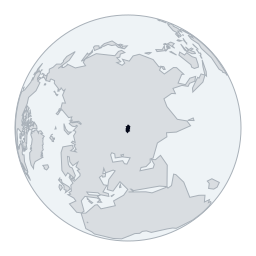 Jalal-Abad on an orthographic globe, rotated 276°
{"feature_id": "KGZ-1120", "entity_name": "Jalal-Abad", "entity_type": "Region", "adm_level": 1, "iso_a3": "KGZ", "parent_name": "Kyrgyzstan", "parent_adm1": "", "projection": "orthographic", "projection_center": [73.017, 41.512], "detail": "medium", "context": "on_globe", "style": "filled", "palette": "ink", "viewbox_px": 256, "rotation_deg": 276, "n_neighbors": 0, "source": "natural_earth", "source_scale": "10m", "svg_char_len": 11688}
<svg xmlns="http://www.w3.org/2000/svg" viewBox="0 0 256 256"><g transform="rotate(276 128 128)"><circle cx="128" cy="128" r="113" fill="#eef3f6" stroke="#a8b0b8"/><path d="M151.3,17.8L150.8,17.7L149.1,17.4L151.3,17.8ZM148.6,17.3L148.2,17.2L150.9,17.9L152.9,18.4L155.1,21.3L163.3,26.5L168.6,28.4L165.3,28.1L177.3,32.1L183.5,36.3L174.8,31.5L172.6,31.0L176.0,33.7L174.4,33.8L175.2,35.3L173.1,35.3L168.2,32.8L166.7,32.9L169.2,34.8L168.6,36.3L165.2,33.4L163.9,35.7L155.4,32.6L148.0,25.9L141.6,25.2L129.4,21.4L128.8,22.3L123.9,21.7L121.3,22.6L119.8,21.9L119.1,23.2L121.0,23.7L121.3,24.5L120.0,25.1L117.8,24.3L118.2,23.8L116.8,23.9L116.3,23.3L115.8,23.9L113.3,23.0L113.8,24.9L110.2,25.0L109.1,24.1L111.8,22.9L115.9,18.9L115.6,18.1L112.5,18.0L101.1,20.0L99.7,19.9L95.9,20.6L95.5,21.1L98.3,20.8L96.5,22.1L100.2,21.9L100.0,22.5L102.7,22.9L99.5,24.3L94.9,25.5L92.5,25.3L90.4,25.9L90.4,27.4L83.7,28.6L75.5,32.4L74.1,32.8L75.4,30.6L81.1,26.9L82.8,25.1L78.9,27.8L75.4,29.0L73.6,30.0L72.1,31.0L72.3,31.2L70.5,32.1L73.8,29.4L75.4,28.6L74.4,29.4L77.1,27.8L79.3,26.5L78.0,27.1L85.3,23.8L92.9,21.0L100.6,18.7L108.5,17.1L116.5,16.0L124.5,15.4L132.6,15.5L140.6,16.1L148.6,17.3ZM154.0,18.7L151.2,18.0L149.2,17.4L151.7,17.9L154.0,18.7ZM157.4,20.4L155.7,19.9L156.3,19.6L157.1,20.0L157.4,20.4ZM172.8,29.9L170.8,28.6L173.3,29.8L172.8,29.9ZM175.7,35.5L176.7,35.9L176.7,36.5L175.7,35.5ZM104.3,22.2L103.5,22.6L103.4,22.3L104.3,22.2ZM106.2,22.1L106.7,21.5L107.7,21.4L107.4,21.8L106.2,22.1ZM173.4,37.2L173.0,38.3L172.6,36.7L173.4,37.2ZM105.5,22.9L109.3,21.3L111.0,21.2L111.3,22.5L105.5,22.9ZM172.2,38.6L171.3,41.4L173.6,42.3L166.7,41.4L169.7,39.2L168.8,37.1L170.6,38.4L172.2,38.6ZM122.2,23.6L120.1,23.1L123.0,23.0L122.2,23.6ZM124.0,23.4L132.5,22.4L134.9,23.6L131.6,23.6L135.7,24.9L132.6,26.0L129.7,25.5L128.7,24.4L128.3,25.7L124.0,23.4ZM163.0,40.6L162.1,41.0L162.1,40.2L163.0,40.6ZM121.7,24.8L123.2,24.4L125.4,25.4L122.7,26.4L122.9,25.8L121.7,24.8ZM138.2,24.8L139.4,25.9L137.2,27.0L137.4,27.6L132.8,26.1L138.2,24.8ZM121.7,25.9L121.3,26.9L119.1,27.1L120.3,25.3L121.7,25.9ZM127.1,25.3L128.0,25.9L126.6,25.9L127.1,25.3ZM111.0,28.5L112.8,27.8L114.1,28.2L111.0,28.5ZM121.4,27.3L122.1,27.3L122.8,27.4L122.1,28.2L121.4,27.3ZM131.6,27.1L130.4,27.4L133.3,27.7L131.9,28.7L129.0,27.6L129.6,28.5L129.2,28.8L127.4,27.6L131.6,27.1ZM123.6,29.4L119.4,28.6L115.9,29.7L114.6,29.3L120.6,27.7L123.6,29.4ZM126.0,28.5L124.2,28.9L123.5,28.1L124.3,27.3L126.0,28.5ZM131.9,29.8L134.9,28.6L135.4,28.9L131.9,29.8ZM122.6,29.9L123.7,30.1L122.5,30.0L122.6,29.9ZM129.2,30.0L130.2,29.5L130.7,29.8L129.2,30.0ZM124.8,31.0L123.5,30.7L124.0,30.1L124.8,31.0ZM126.9,30.7L127.5,31.3L125.0,30.0L127.3,30.4L126.9,30.7ZM129.5,30.4L130.2,30.4L129.0,30.6L129.5,30.4ZM123.7,33.7L120.5,32.2L121.6,30.8L124.6,32.3L123.7,33.7ZM51.0,210.2L49.7,208.9L43.1,201.8L33.3,186.5L33.2,182.8L31.8,177.7L26.6,162.1L27.6,157.1L26.7,153.0L24.5,150.7L23.7,145.8L22.6,143.8L17.1,133.3L16.6,124.7L19.1,105.7L21.0,102.8L23.5,96.6L38.3,90.3L39.0,95.0L47.9,103.3L48.5,105.5L44.8,109.6L49.4,123.5L54.0,121.3L60.7,130.7L66.9,134.2L73.8,125.6L63.7,119.7L64.6,113.8L74.8,114.3L84.0,119.7L84.6,117.6L81.0,110.4L85.4,108.1L80.0,107.7L80.5,110.5L77.2,110.4L76.5,107.9L78.1,107.1L75.9,104.7L69.0,109.6L68.8,113.0L61.8,109.8L60.7,115.3L58.0,116.1L58.8,107.3L60.4,105.0L60.0,93.7L57.6,95.8L57.9,106.7L56.8,104.9L53.6,108.2L55.2,104.3L55.5,92.3L50.7,89.1L40.7,93.0L38.7,90.6L38.8,85.8L46.4,77.7L50.0,83.8L52.7,81.4L55.4,75.2L56.2,77.8L57.8,76.1L59.4,78.3L65.1,77.1L67.4,79.0L72.8,74.6L74.7,75.1L70.9,77.5L69.5,80.3L75.4,85.3L77.5,85.1L80.6,82.0L81.8,84.0L84.0,80.3L89.0,81.8L84.8,77.1L88.3,73.7L93.0,72.7L93.4,70.8L85.7,72.5L83.3,74.1L82.4,76.7L75.2,80.6L72.5,79.8L77.2,72.8L73.8,71.0L78.9,66.7L96.6,64.0L102.4,65.2L105.1,74.4L102.0,75.9L99.4,73.3L98.8,78.9L100.3,76.9L101.3,78.7L104.9,76.2L105.8,77.4L107.7,73.2L109.2,74.4L108.0,77.0L114.6,74.7L118.6,76.6L119.6,75.5L119.6,73.9L124.7,77.5L125.3,76.6L123.8,75.1L124.0,72.4L126.2,69.1L127.9,70.5L127.3,71.9L128.5,77.0L126.6,80.7L127.5,81.0L129.5,78.2L128.1,71.8L129.0,69.4L130.1,72.3L129.8,71.0L130.7,70.3L133.2,71.0L132.1,67.9L140.5,59.2L146.1,60.0L146.2,63.2L153.8,59.5L159.5,61.3L158.2,59.8L160.9,57.3L159.1,56.7L158.7,55.8L164.8,50.0L167.5,50.0L168.7,46.3L168.0,45.6L166.0,45.4L166.7,41.4L173.6,42.3L174.8,43.8L178.3,43.6L180.6,47.2L184.1,50.3L184.5,54.7L187.3,57.0L188.3,56.7L192.8,59.7L198.5,67.5L189.3,62.5L179.9,52.3L183.3,56.4L181.2,56.0L181.5,57.8L184.1,60.9L185.2,60.9L182.2,69.3L185.5,79.3L188.6,76.7L192.1,78.2L198.6,88.6L198.5,107.4L203.2,110.5L204.5,113.6L202.7,117.0L200.7,112.6L197.6,112.4L196.7,109.5L193.2,113.9L191.8,110.0L189.7,115.6L192.2,118.0L195.8,115.3L194.6,122.2L200.2,125.5L202.5,131.6L198.7,145.8L192.2,152.2L192.2,154.3L188.8,153.3L185.5,158.5L192.9,166.9L193.1,170.0L187.3,177.9L186.9,175.8L177.9,173.1L177.1,180.6L184.0,184.3L186.4,189.9L181.5,189.5L178.9,184.6L175.7,183.4L176.0,177.2L172.1,168.6L167.1,171.6L166.9,167.7L160.8,160.7L153.3,164.5L141.8,176.1L141.2,185.8L136.8,190.0L129.0,176.5L127.3,166.8L123.3,167.6L116.2,158.8L100.7,156.1L99.5,153.2L96.3,153.8L91.5,150.0L90.1,145.1L86.7,144.4L90.8,157.2L94.5,158.0L99.1,154.6L99.4,158.7L104.2,163.2L95.2,170.9L73.8,172.9L73.5,165.3L66.3,140.0L67.5,137.9L67.5,137.6L67.5,137.1L65.1,140.2L64.4,135.2L66.4,152.3L66.0,158.7L73.5,173.2L72.4,174.0L75.3,177.3L86.9,178.2L86.6,180.5L80.0,189.1L65.5,196.7L68.5,205.6L69.2,211.6L62.4,211.7L65.3,216.5L62.2,215.8L63.5,217.9L62.3,218.4L59.4,217.1L53.4,212.4L51.0,210.2ZM30.4,96.8L29.3,98.4L30.4,96.8ZM92.0,130.7L98.6,133.2L98.7,125.8L101.3,126.3L100.4,123.7L98.7,125.3L96.9,118.4L100.9,117.5L101.7,114.4L99.5,113.5L92.4,116.4L94.9,126.1L92.1,128.2L92.0,130.7ZM75.2,29.2L74.9,29.4L73.1,30.5L73.5,30.1L75.2,29.2ZM68.3,35.2L65.5,36.5L67.7,35.2L67.7,34.7L72.3,31.6L73.6,32.8L72.2,32.7L68.3,35.2ZM78.8,28.2L75.7,29.8L79.0,28.0L78.8,28.2ZM64.5,65.8L63.9,67.8L61.7,69.0L58.9,67.3L62.1,65.5L64.5,65.8ZM63.7,70.4L69.1,64.3L71.1,65.4L69.1,65.8L69.8,67.1L66.8,68.1L63.4,75.3L61.2,76.9L57.2,72.5L59.7,73.0L60.1,70.9L63.7,70.4ZM79.5,49.2L81.9,47.2L83.0,52.0L80.7,53.3L77.8,51.5L78.8,48.9L79.5,49.2ZM105.3,25.8L106.1,25.1L106.7,25.3L106.5,26.0L105.3,25.8ZM111.7,28.1L102.3,28.8L102.7,28.1L96.6,29.7L95.5,28.5L99.5,27.4L94.0,27.9L97.2,26.4L93.4,27.0L102.4,24.7L105.0,23.6L102.5,25.3L103.5,26.4L104.7,26.6L110.0,26.3L116.1,24.8L118.1,25.9L117.8,27.1L116.7,27.6L115.8,26.7L114.8,28.0L112.7,27.1L111.7,28.1ZM113.8,43.7L113.2,41.8L111.0,45.6L108.8,44.2L108.7,44.7L106.1,44.6L102.6,45.4L102.0,44.5L101.0,45.2L99.2,45.2L97.5,46.0L95.9,44.7L93.7,45.6L94.1,44.6L90.8,46.4L92.5,44.5L90.4,44.5L89.9,46.3L84.9,39.2L81.5,38.1L77.7,38.3L81.1,35.5L86.8,33.6L93.1,32.8L95.9,34.5L96.9,33.0L98.6,33.4L97.1,34.4L100.4,33.2L101.3,33.8L106.9,33.9L111.1,32.1L113.3,32.2L112.1,33.2L115.1,32.6L114.3,34.8L115.8,34.9L116.6,37.4L113.5,39.5L115.5,39.6L116.1,41.6L113.8,43.7ZM123.8,34.3L120.5,37.0L117.8,37.6L117.5,33.1L116.3,32.7L116.0,30.1L120.1,29.3L119.8,30.1L120.4,30.7L118.9,30.7L120.6,31.2L120.2,32.3L121.5,33.0L120.1,33.6L123.8,34.3ZM50.9,104.9L51.7,106.1L53.4,107.3L51.4,109.5L50.9,104.9ZM51.0,96.7L52.0,97.2L50.0,100.7L49.1,99.6L51.0,96.7ZM54.2,94.7L52.2,97.0L52.8,95.1L54.2,94.7ZM72.0,77.9L73.3,78.4L72.7,79.3L71.3,80.0L72.0,77.9ZM106.7,55.4L106.8,54.0L107.6,53.9L110.0,51.2L111.9,52.1L111.1,54.1L106.7,55.4ZM71.1,126.3L68.3,127.2L67.8,125.8L68.9,125.7L71.1,126.3ZM58.6,118.3L60.7,121.4L58.1,118.9L58.6,118.3ZM109.1,56.0L109.9,54.7L110.3,56.0L109.1,56.0ZM113.3,52.7L114.1,53.9L112.4,51.9L113.3,52.7ZM86.3,216.7L83.4,224.5L78.5,222.8L76.2,219.7L76.3,214.5L81.4,214.6L83.5,212.4L86.3,216.7ZM207.8,193.2L210.1,192.0L210.0,192.4L207.8,193.2ZM205.5,193.5L208.2,191.9L204.9,194.5L205.5,193.5ZM209.3,191.3L212.1,188.9L213.3,187.5L213.0,188.4L209.3,191.3ZM203.6,194.6L192.4,199.8L187.8,200.7L189.1,198.9L196.5,196.2L203.6,194.6ZM188.7,199.0L181.5,197.7L170.5,188.7L174.5,188.0L185.7,192.0L185.0,193.4L189.4,195.0L188.7,199.0ZM205.6,184.3L204.8,188.3L198.8,191.0L196.0,191.7L194.1,187.8L195.2,184.9L197.5,184.0L205.8,171.0L208.9,171.5L206.5,176.6L209.0,178.5L205.6,184.3ZM141.8,186.6L144.8,191.8L142.3,192.9L141.8,186.6ZM208.6,162.9L205.6,168.7L208.1,161.8L208.6,162.9ZM209.6,156.8L210.1,158.8L208.5,157.6L209.6,156.8ZM192.7,157.2L190.2,158.8L189.9,157.3L192.8,154.5L192.7,157.2ZM204.2,136.7L205.4,141.2L205.3,143.0L203.6,140.9L204.2,136.7ZM125.7,63.8L120.4,66.3L117.7,69.2L118.1,72.1L115.2,69.2L119.3,64.8L125.7,63.8ZM138.5,59.5L138.1,57.2L139.8,57.6L140.1,58.2L138.5,59.5ZM137.2,58.5L133.9,56.8L134.7,55.1L137.1,56.8L137.2,58.5ZM121.3,56.0L119.6,56.6L119.3,55.5L121.3,56.0ZM207.1,208.2L193.2,219.7L190.4,221.3L192.7,219.3L193.4,216.2L194.5,215.7L195.9,212.5L206.6,203.6L214.8,192.6L218.9,189.5L223.1,181.6L226.6,178.0L224.5,183.1L226.9,181.2L231.7,169.3L230.3,175.1L226.7,182.4L222.5,189.3L217.8,196.0L212.7,202.3L207.1,208.2ZM213.5,189.8L216.9,184.9L218.5,183.4L213.5,189.8ZM239.2,146.2L239.1,146.4L239.2,146.1L239.2,146.2ZM235.5,158.4L236.2,159.2L235.1,162.0L234.0,162.4L232.2,167.3L228.7,172.0L229.8,169.3L229.6,167.4L225.3,171.3L224.4,170.6L226.1,167.8L223.0,169.5L226.5,165.4L227.7,167.4L229.6,162.7L232.3,159.8L234.6,157.2L236.0,156.6L235.5,158.4ZM226.0,172.9L226.6,172.3L226.0,173.8L226.0,172.9ZM239.0,146.5L239.0,147.2L238.9,147.7L239.0,146.5ZM236.4,155.3L238.1,148.9L238.4,148.1L237.2,153.7L236.4,155.3ZM237.9,148.0L238.5,146.7L238.6,147.4L238.5,148.2L237.9,148.0ZM219.0,176.4L218.8,177.5L217.8,177.6L219.0,176.4ZM220.3,174.8L223.1,173.3L220.0,175.9L220.3,174.8ZM210.6,178.4L211.6,180.1L214.7,176.6L212.3,180.3L214.2,182.6L213.4,184.4L211.6,181.8L210.5,186.4L209.1,187.2L208.6,184.2L210.1,178.9L211.5,176.1L217.0,171.6L210.6,178.4ZM220.4,172.1L219.6,170.0L220.1,167.7L221.0,168.4L220.4,172.1ZM216.8,165.2L214.2,163.5L212.2,166.1L215.9,158.6L217.9,161.5L216.8,165.2ZM214.1,159.2L212.3,161.7L213.9,157.6L214.1,159.2ZM211.6,160.9L211.0,158.7L212.7,158.0L211.6,160.9ZM215.1,158.6L214.9,154.3L216.0,156.2L215.1,158.6ZM209.4,153.8L213.5,155.5L208.8,156.7L207.0,148.9L208.9,147.5L209.4,153.8ZM210.1,113.8L208.7,111.8L210.0,110.0L210.6,111.9L210.1,113.8ZM212.9,103.1L209.9,108.9L207.3,113.8L208.8,114.1L209.6,118.7L206.4,116.2L207.2,109.9L209.4,106.9L208.3,103.2L209.1,99.3L206.7,95.4L206.6,92.9L209.4,95.6L212.9,103.1ZM205.5,93.9L201.6,86.6L204.7,85.2L206.2,86.5L206.7,90.4L205.1,90.9L205.5,93.9ZM201.6,84.5L199.9,84.9L190.7,76.6L189.5,74.6L198.2,79.8L197.1,80.6L198.8,83.0L201.6,84.5ZM163.1,41.7L162.2,41.1L163.4,41.2L163.1,41.7ZM157.6,55.6L157.2,54.4L158.7,54.4L157.6,55.6ZM156.9,51.2L155.6,52.0L156.3,50.6L156.9,51.2ZM152.7,54.0L154.7,52.0L153.7,54.8L152.7,54.0Z" fill="#d9dde1" stroke="#a8b0b8" stroke-width="1"/><path d="M125.0,126.9L125.4,126.7L125.5,126.6L126.0,126.6L126.3,126.8L126.6,126.9L126.8,126.9L126.9,126.7L127.0,126.6L127.3,126.7L127.4,126.8L127.4,126.7L127.6,126.8L127.8,126.9L128.0,126.8L128.5,126.9L128.5,127.0L128.9,127.1L129.0,127.0L129.0,127.3L129.3,127.3L129.4,127.5L129.6,127.6L129.6,127.8L129.5,127.7L129.4,127.6L129.4,127.8L129.6,127.9L129.8,127.9L130.0,127.9L130.5,127.7L130.6,127.8L130.5,128.1L130.4,128.2L130.0,128.4L130.0,128.6L129.8,128.6L129.6,128.7L129.6,128.8L129.5,129.1L129.4,129.0L129.3,128.9L129.0,129.0L128.9,129.1L129.0,128.8L129.0,128.7L128.9,128.7L128.9,128.8L128.7,128.8L128.6,129.0L128.5,128.9L128.4,129.0L128.2,129.3L127.8,129.4L127.5,129.3L127.4,129.2L127.2,129.1L127.0,128.9L126.9,129.0L126.7,129.0L126.8,128.9L126.7,128.6L126.3,128.6L126.3,128.4L126.1,128.1L126.0,127.9L125.9,128.0L126.0,128.1L125.9,128.4L125.6,128.3L125.6,128.7L125.6,128.8L125.5,128.7L125.4,128.8L125.4,128.6L125.3,128.8L125.2,128.7L124.9,128.6L124.7,128.5L124.7,128.4L124.5,128.0L124.2,128.2L123.8,127.9L124.2,127.6L124.3,127.4L124.5,127.2L124.8,127.2L124.8,126.9L125.0,126.9Z" fill="#0f172a" stroke="#020617" stroke-width="1.5"/></g></svg>